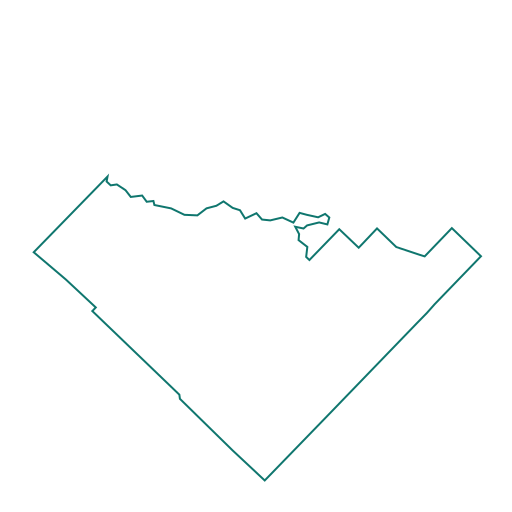 Osceola, Florida, United States of America, rotated 134°
{"feature_id": "52423323B49272784755567", "entity_name": "Osceola", "entity_type": "district", "adm_level": 2, "iso_a3": "USA", "parent_name": "United States of America", "parent_adm1": "Florida", "projection": "robinson", "projection_center": [-81.287, 27.995], "detail": "fine", "context": "isolated", "style": "outline", "palette": "teal", "viewbox_px": 512, "rotation_deg": 134, "n_neighbors": 0, "source": "geoboundaries", "source_scale": "gbopen_adm2", "svg_char_len": 934}
<svg xmlns="http://www.w3.org/2000/svg" viewBox="0 0 512 512"><g transform="rotate(134 256 256)"><path d="M411.4,93.8L320.5,93.6L236.3,93.6L232.3,93.6L193.1,93.6L178.2,93.5L166.5,94.0L99.9,94.0L99.9,132.0L99.9,134.5L139.1,134.4L141.5,139.2L152.1,161.3L152.1,188.1L173.3,187.9L173.5,187.9L178.7,187.9L178.9,214.7L221.8,214.8L221.8,219.3L213.8,225.4L215.0,236.4L210.3,240.2L207.7,248.1L203.2,240.9L198.5,240.5L188.0,233.9L183.7,226.6L177.4,230.0L177.7,235.5L185.0,238.2L191.1,248.1L194.7,254.6L206.0,252.3L210.0,263.8L220.5,270.5L225.6,277.0L224.9,285.4L236.6,289.8L234.2,299.3L237.6,306.2L239.3,317.3L247.4,319.4L256.1,324.7L267.5,326.4L276.1,336.1L280.7,350.1L289.9,364.5L287.7,368.0L292.9,372.3L291.6,379.9L300.5,387.1L299.3,395.6L301.2,405.8L306.1,409.6L306.2,415.2L302.0,418.0L407.7,418.5L405.0,376.4L404.3,335.5L409.3,335.5L409.0,214.8L411.6,211.5L412.1,137.7L411.4,93.8Z" fill="none" stroke="#0f766e" stroke-width="2"/></g></svg>